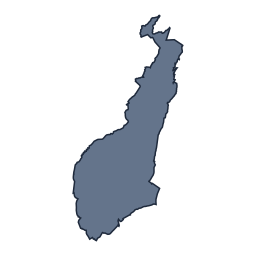 the district of Chignautla, Puebla, Mexico
{"feature_id": "50627088B95871008533401", "entity_name": "Chignautla", "entity_type": "district", "adm_level": 2, "iso_a3": "MEX", "parent_name": "Mexico", "parent_adm1": "Puebla", "projection": "natural_earth1", "projection_center": [-97.415, 19.757], "detail": "fine", "context": "isolated", "style": "filled", "palette": "slate", "viewbox_px": 256, "rotation_deg": 0, "n_neighbors": 0, "source": "geoboundaries", "source_scale": "gbopen_adm2", "svg_char_len": 5707}
<svg xmlns="http://www.w3.org/2000/svg" viewBox="0 0 256 256"><path d="M107.0,134.8L106.4,135.1L105.5,135.9L104.1,137.6L102.8,138.9L102.3,139.2L97.9,139.4L97.2,139.7L94.1,141.3L92.6,143.3L91.0,145.0L89.3,145.9L89.1,148.0L87.9,147.8L87.7,149.6L86.5,149.4L86.3,151.2L85.0,151.0L85.0,151.9L84.6,151.9L84.5,152.3L84.2,152.2L84.1,152.6L83.7,152.6L83.7,153.0L83.3,153.0L83.1,154.3L82.4,154.2L82.3,155.1L81.8,155.1L81.3,155.9L81.9,156.9L81.8,157.4L81.6,157.9L80.6,159.1L80.2,160.2L78.8,161.9L77.2,162.3L76.9,162.7L76.8,163.4L75.4,164.6L75.1,165.7L74.4,169.8L73.8,172.3L73.8,174.1L73.6,174.1L73.3,177.1L73.4,178.7L73.6,179.4L74.6,181.3L74.6,181.6L73.2,193.1L73.9,192.8L74.5,196.0L75.4,197.5L78.0,198.9L77.6,199.4L76.7,201.1L76.2,203.4L76.4,207.4L76.3,210.4L76.8,213.7L77.2,215.0L77.7,215.7L79.2,217.0L78.9,217.1L80.7,218.0L80.2,218.7L79.5,219.2L78.7,220.6L78.3,222.2L80.6,228.2L81.9,228.5L81.8,228.8L83.7,229.4L84.8,230.2L86.2,230.3L86.4,233.4L86.9,234.5L88.4,236.7L89.7,239.2L92.4,237.5L93.0,238.3L93.4,239.1L94.5,239.0L95.2,240.1L96.4,240.6L97.6,238.2L99.9,236.9L102.4,232.6L102.7,232.5L103.5,233.1L104.5,233.1L105.3,233.1L106.3,233.7L107.9,234.3L109.4,234.1L110.3,233.6L112.8,230.8L113.5,230.2L117.9,225.5L118.9,226.3L119.2,225.3L119.2,224.9L118.3,224.2L118.8,223.4L118.0,220.9L118.5,219.3L120.1,221.2L120.8,221.5L121.5,221.2L123.3,219.5L123.0,218.6L129.8,214.8L129.9,215.0L130.4,214.9L130.4,214.0L131.4,212.9L132.9,212.1L134.0,211.1L134.5,210.7L134.9,209.9L136.5,209.2L137.3,209.3L138.4,208.8L139.0,208.2L139.9,208.2L140.9,208.0L143.2,206.8L144.2,206.5L145.7,206.4L147.2,206.0L149.0,205.7L151.9,204.9L153.2,204.1L154.8,204.1L156.1,204.5L155.9,201.5L156.0,199.2L157.4,193.7L159.6,188.4L152.4,183.4L151.7,183.9L151.2,183.1L150.9,182.8L148.9,181.5L149.0,181.1L150.2,180.0L152.3,176.4L153.1,175.2L153.8,173.2L154.0,172.0L154.0,167.5L155.3,164.9L154.6,163.5L154.3,162.1L154.7,161.6L154.4,161.1L153.9,161.2L153.6,161.0L154.3,159.0L154.5,156.5L155.1,155.5L155.4,152.1L156.0,150.5L155.9,150.1L156.5,147.6L158.2,134.9L159.0,133.8L159.4,132.1L160.3,130.6L160.6,129.7L161.1,128.9L162.4,127.2L163.0,124.1L163.6,122.1L163.8,119.5L164.0,118.9L163.9,118.4L164.2,117.9L165.3,117.7L165.6,115.8L165.6,115.2L165.8,114.3L166.1,113.6L166.5,113.4L167.6,111.7L167.5,111.3L167.5,110.6L167.9,108.5L168.0,106.3L168.3,105.4L168.1,105.1L168.1,104.5L167.3,103.4L167.5,102.7L167.9,103.0L168.2,102.5L168.8,102.3L169.8,101.5L170.1,100.5L170.7,99.7L171.7,98.8L173.7,96.4L174.0,96.2L175.5,93.8L176.0,93.6L176.1,92.2L176.5,91.5L176.4,90.3L176.6,89.5L176.5,88.7L176.9,87.3L177.0,85.9L176.7,83.4L174.2,82.2L173.5,82.4L173.2,83.0L173.1,82.7L173.3,82.3L173.8,81.9L174.1,81.4L174.6,80.9L175.1,79.7L173.8,79.4L174.4,76.1L173.8,75.9L174.2,75.1L174.1,74.8L174.6,74.9L174.8,74.5L174.3,74.3L173.7,74.4L173.5,74.1L173.7,73.1L173.8,72.9L173.9,72.6L174.2,72.7L174.5,71.5L174.8,71.5L175.1,70.6L177.1,67.9L176.2,67.9L175.3,69.0L173.3,70.4L173.0,70.5L173.0,70.2L173.4,70.0L173.4,69.3L173.7,68.6L173.5,67.7L174.5,67.5L175.1,66.5L175.0,66.0L175.1,65.1L175.2,64.9L175.0,64.3L175.0,63.9L175.5,64.4L175.8,63.8L175.9,63.1L176.2,62.8L176.3,62.4L177.0,62.0L177.2,61.7L177.2,61.1L177.4,60.2L177.8,59.4L178.5,59.2L179.3,59.6L179.4,59.0L178.5,58.3L179.0,57.0L179.0,56.2L180.8,53.9L181.1,53.3L182.2,52.2L182.3,51.6L182.2,50.0L181.9,49.5L181.9,47.3L181.8,47.0L181.8,46.5L182.1,46.5L182.8,45.6L182.7,45.3L174.3,39.7L166.2,40.1L170.0,28.1L169.5,27.6L168.9,28.7L168.3,29.0L166.9,30.2L166.4,30.5L165.8,30.5L164.3,32.5L164.1,32.5L163.1,32.9L163.0,33.2L162.3,33.3L161.7,32.6L161.6,32.2L161.5,32.3L160.2,32.0L159.5,32.1L158.8,31.9L158.2,32.2L157.8,32.7L156.0,33.1L154.9,33.8L153.9,34.0L152.8,33.8L152.2,32.2L152.7,31.6L152.7,31.4L152.7,30.8L152.5,30.4L152.5,29.7L153.2,28.7L153.3,28.0L153.3,27.6L152.8,26.5L152.8,25.7L153.1,25.3L154.9,24.2L155.1,23.6L155.3,22.2L155.6,21.7L156.4,21.2L157.1,20.6L157.0,20.1L157.6,19.6L157.7,18.9L158.1,18.2L159.0,17.6L159.2,16.8L159.8,16.1L159.7,15.6L159.4,15.4L159.2,15.4L158.7,15.7L158.0,16.8L154.1,17.8L152.6,17.8L151.6,18.4L151.0,19.4L150.6,20.6L149.2,21.9L147.4,24.2L146.0,24.8L145.6,25.2L145.3,25.9L144.7,26.0L143.4,25.6L142.5,25.7L141.7,26.1L141.9,28.1L141.7,28.7L141.4,29.2L140.9,29.6L140.7,30.1L140.8,31.6L140.6,32.1L140.2,32.6L140.1,33.1L140.2,34.1L140.5,34.6L140.9,34.9L141.0,35.5L140.9,36.2L140.9,36.7L141.3,37.1L142.9,36.4L147.6,34.6L150.8,37.8L151.2,37.8L152.3,37.4L152.9,37.8L155.0,42.0L160.0,47.7L159.9,48.6L159.4,49.1L159.1,49.6L158.8,51.3L158.6,53.7L157.3,55.7L156.9,56.6L155.5,57.9L155.0,58.5L155.0,59.1L155.4,59.6L155.3,59.9L154.1,62.2L152.6,62.7L152.6,63.5L152.1,63.9L151.8,64.0L151.5,65.0L151.2,65.2L150.9,65.9L150.3,67.7L149.9,67.4L149.3,67.2L147.5,67.1L146.8,66.9L145.2,67.4L145.6,68.1L145.2,69.1L144.7,69.7L144.7,70.1L145.0,70.7L144.9,71.2L144.3,71.9L144.0,72.9L143.9,73.8L143.5,74.1L143.1,75.2L142.7,75.8L142.7,76.1L142.8,76.3L143.2,76.4L143.6,77.2L143.0,77.3L141.8,77.1L141.4,77.2L140.2,77.9L139.0,77.9L138.5,78.1L137.9,78.5L136.4,78.5L135.4,79.2L135.6,80.0L135.5,81.3L136.0,81.3L136.1,81.9L139.6,85.1L140.2,86.2L140.0,87.0L136.0,93.3L135.5,93.7L135.0,94.8L134.6,95.4L132.8,96.7L132.4,96.8L131.8,97.5L129.7,99.3L129.2,99.9L128.6,100.9L128.0,101.5L128.1,101.9L128.8,102.5L129.0,102.8L129.0,103.2L127.3,104.0L126.5,104.6L126.6,104.9L127.9,104.9L128.3,108.8L127.8,109.7L127.5,109.6L126.1,110.4L125.2,111.9L124.9,112.7L125.1,113.0L125.3,113.8L125.3,115.7L125.6,117.5L126.1,118.6L126.7,119.4L127.9,120.4L128.3,121.9L126.7,123.9L125.4,125.0L124.1,125.4L123.8,126.5L123.1,127.9L119.9,129.6L118.2,129.6L116.3,130.7L115.3,131.1L114.4,131.3L113.5,131.8L113.4,132.7L113.1,133.3L112.2,134.0L111.5,133.6L110.9,133.5L110.3,134.2L110.2,134.5L109.6,134.6L109.1,134.5L107.0,134.8Z" fill="#64748b" stroke="#1e293b" stroke-width="1.5"/></svg>